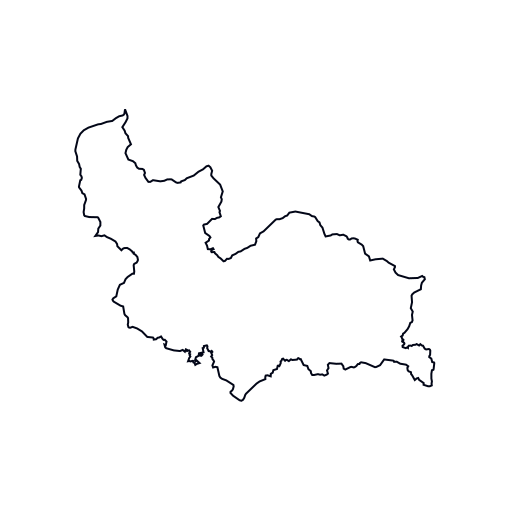 Dong Hy, Thái Nguyên, Vietnam, rotated 339°
{"feature_id": "81297802B71869801036686", "entity_name": "Dong Hy", "entity_type": "district", "adm_level": 2, "iso_a3": "VNM", "parent_name": "Vietnam", "parent_adm1": "Thái Nguyên", "projection": "mercator", "projection_center": [105.922, 21.685], "detail": "fine", "context": "isolated", "style": "outline", "palette": "ink", "viewbox_px": 512, "rotation_deg": 339, "n_neighbors": 0, "source": "geoboundaries", "source_scale": "gbopen_adm2", "svg_char_len": 6141}
<svg xmlns="http://www.w3.org/2000/svg" viewBox="0 0 512 512"><g transform="rotate(339 256 256)"><path d="M119.1,122.3L115.6,127.7L115.4,128.6L116.5,132.4L116.4,135.1L118.0,137.0L117.8,141.9L117.2,143.0L113.9,146.8L112.6,150.1L110.8,153.2L110.2,156.4L110.5,157.3L114.3,159.9L121.9,163.0L122.4,163.6L122.9,168.5L121.6,171.8L118.6,173.9L117.1,177.1L113.2,179.7L116.3,180.4L118.8,182.1L121.9,182.4L123.6,184.9L126.7,187.9L130.0,192.1L130.6,195.0L130.1,197.2L132.4,202.4L134.4,201.5L135.8,201.4L138.6,202.3L140.5,204.6L142.1,207.5L142.1,208.5L143.2,209.0L142.7,210.1L144.0,211.8L144.9,214.4L144.4,217.3L143.9,218.0L142.2,219.4L139.5,219.7L138.5,220.7L136.8,226.8L135.7,228.8L134.3,228.2L128.6,229.6L125.9,230.9L123.1,233.8L118.6,234.1L114.9,237.8L111.1,243.6L107.7,244.3L106.4,245.2L106.4,246.4L106.8,247.6L111.7,253.8L113.9,255.5L112.4,262.9L112.6,264.3L114.1,267.1L114.3,268.1L112.9,272.2L111.7,274.1L111.4,276.6L111.9,277.4L112.9,277.9L115.4,277.9L119.0,281.0L122.5,285.5L125.5,292.6L130.6,295.2L130.9,296.3L130.6,297.4L132.9,297.9L134.9,297.1L136.4,297.4L138.5,297.1L139.2,300.4L139.8,301.3L140.8,301.5L141.8,303.8L139.8,306.9L138.8,305.9L138.5,308.7L139.1,309.9L145.5,314.7L151.0,317.5L153.9,317.4L155.3,319.9L157.1,318.0L157.9,318.9L157.4,319.4L157.5,320.0L159.7,320.1L160.2,321.9L158.7,322.8L158.7,323.3L159.3,324.1L158.5,324.7L158.7,326.3L157.2,327.2L154.9,329.9L156.2,330.1L156.9,330.9L159.5,331.2L160.0,331.7L159.4,332.9L160.3,333.9L160.3,335.9L162.1,335.5L164.9,335.7L163.1,332.1L162.0,332.6L161.9,332.3L162.0,331.2L163.6,329.0L167.3,328.5L169.2,329.6L169.7,329.4L170.8,328.8L170.6,327.6L167.5,327.1L167.9,326.4L172.5,327.1L173.2,322.9L174.5,322.9L175.1,321.4L178.1,321.8L178.3,322.9L177.4,324.5L177.7,327.8L178.8,328.3L179.4,329.4L180.6,328.8L180.9,329.5L180.9,329.9L179.5,330.6L179.6,332.8L178.1,333.8L178.8,335.2L178.4,336.5L179.0,338.5L179.0,339.6L176.1,342.5L176.0,344.7L178.4,344.9L180.1,346.0L178.8,354.9L179.1,356.7L180.3,358.5L183.7,361.5L188.7,368.3L188.4,369.8L186.7,372.1L185.5,373.0L183.6,373.6L183.1,374.7L184.5,378.2L189.0,384.8L190.5,385.9L192.3,385.6L194.2,384.2L196.2,381.8L197.3,381.0L210.8,375.3L214.4,374.4L220.6,374.3L221.3,372.3L222.2,371.1L224.0,371.5L226.6,373.6L227.6,371.3L229.8,370.9L231.3,368.8L235.1,369.0L236.9,366.3L237.4,366.2L238.2,367.2L238.7,366.9L240.8,364.7L241.1,363.3L242.4,362.8L243.3,361.6L244.5,361.5L245.6,364.2L246.6,363.8L247.5,363.9L249.0,365.9L251.6,365.0L252.6,366.1L257.1,367.4L258.6,366.5L259.1,366.6L260.1,368.2L260.8,368.3L261.4,374.9L264.5,377.0L264.4,380.4L265.9,383.2L265.4,384.9L265.8,387.2L267.5,387.9L271.5,388.5L273.3,389.8L275.5,390.3L276.9,392.1L279.4,392.1L281.0,391.6L281.3,388.3L283.5,386.7L284.1,383.3L286.2,382.3L292.3,385.4L297.2,387.1L298.0,390.2L297.5,392.6L298.7,394.0L304.4,393.5L305.4,393.7L307.4,395.1L308.4,395.1L310.2,394.7L312.3,393.4L313.9,393.9L314.5,393.2L316.0,392.9L320.0,395.3L327.2,402.4L328.4,402.7L332.7,402.4L338.6,398.5L346.5,402.8L347.0,403.3L347.0,404.3L349.5,405.1L352.0,408.2L357.1,411.2L358.6,413.5L357.2,414.7L356.7,416.9L357.1,418.3L359.0,420.0L358.5,422.0L359.0,423.2L359.8,428.7L362.1,427.9L363.7,428.0L363.9,430.1L367.0,434.7L366.3,436.3L370.0,439.3L371.5,439.9L373.7,439.8L374.2,438.0L375.3,436.1L375.8,433.3L377.5,428.8L379.3,425.7L380.8,425.8L381.3,425.2L384.1,419.8L384.0,419.1L382.5,418.2L382.9,414.6L381.5,412.5L381.9,411.6L383.1,410.7L384.8,406.8L384.8,405.8L384.1,404.8L381.3,404.2L380.3,403.0L379.8,399.6L378.8,399.0L377.8,397.2L376.2,398.0L374.4,395.8L373.1,396.0L370.6,395.3L369.1,395.8L368.4,395.1L366.5,394.5L365.4,395.2L364.9,396.3L364.3,395.5L362.8,395.7L360.3,393.6L360.6,392.3L362.7,391.5L363.2,390.9L363.2,390.1L361.8,388.2L362.3,387.4L362.8,388.3L363.6,387.0L362.8,385.6L362.9,384.2L362.6,383.2L364.4,382.8L365.5,381.2L367.1,380.9L371.3,378.6L373.8,376.5L376.1,373.7L377.8,373.6L379.1,372.2L380.5,366.9L382.4,364.1L381.8,360.2L385.1,355.1L387.0,348.8L388.1,347.8L390.6,346.8L398.0,346.1L399.6,342.7L401.3,340.4L405.3,338.2L405.6,336.1L404.6,335.4L404.0,334.2L399.2,334.5L390.8,331.6L381.8,324.7L380.3,321.5L379.9,317.9L381.8,316.1L382.1,315.2L377.4,309.7L376.4,307.7L373.4,303.9L366.4,301.9L361.0,301.1L361.3,296.8L358.7,292.9L359.6,285.2L358.8,283.3L356.0,279.7L356.1,278.4L356.8,277.3L354.7,275.2L353.4,274.4L351.6,273.9L349.6,274.3L348.4,273.7L347.8,272.7L347.9,271.3L347.5,270.0L345.1,267.4L341.6,266.7L339.4,264.5L335.0,263.2L333.1,263.6L328.0,262.7L327.8,259.8L328.2,253.3L327.1,250.3L327.3,247.4L326.1,245.6L325.2,240.9L324.5,240.0L322.5,238.8L320.7,236.1L308.7,228.6L302.7,227.5L299.6,229.4L297.4,229.3L294.5,230.2L291.3,230.1L288.7,229.1L287.4,229.1L271.9,235.7L267.8,236.3L264.9,239.2L262.4,239.7L261.6,242.3L259.1,245.1L254.6,244.5L250.8,245.3L247.9,245.2L243.3,246.2L241.0,245.8L237.7,246.7L234.0,246.9L231.8,248.9L229.3,248.9L227.9,248.2L225.2,249.5L223.8,249.3L222.1,245.6L220.5,243.3L220.1,241.4L218.7,238.8L218.6,237.4L215.9,236.5L215.8,235.6L216.3,235.0L217.4,234.4L218.8,234.4L218.6,233.3L215.8,233.4L213.5,232.3L214.0,228.8L213.7,225.6L217.6,224.7L218.3,223.3L220.1,222.3L219.7,220.6L216.8,216.3L217.7,208.6L218.7,208.0L221.8,208.5L228.3,205.6L230.9,206.8L233.2,206.4L235.5,206.8L237.4,206.3L237.6,202.0L238.5,201.0L238.4,196.8L243.2,192.8L244.4,190.7L244.3,188.6L248.1,183.8L248.1,176.5L244.2,168.3L243.1,164.9L243.6,163.5L245.6,160.7L245.2,156.8L244.1,154.7L241.9,154.5L237.6,156.1L232.5,156.7L226.7,158.6L219.2,158.6L216.8,159.6L212.9,159.5L212.0,160.3L208.9,159.6L207.7,158.6L204.7,154.3L204.0,153.9L200.6,152.7L197.3,152.9L193.4,152.0L187.0,148.3L183.9,148.9L182.1,148.2L180.8,143.4L180.6,140.2L182.1,138.7L182.2,135.3L181.1,134.0L178.0,132.6L176.8,130.9L176.4,128.3L176.6,126.1L175.1,123.4L171.4,120.2L171.0,113.2L173.0,110.3L175.3,108.3L179.3,106.9L179.0,99.9L179.5,98.3L178.1,94.6L178.3,92.0L177.4,87.8L182.2,84.3L185.3,81.5L186.2,79.3L186.3,72.1L184.2,75.9L183.2,76.7L181.8,77.0L178.4,76.5L174.6,77.1L170.2,78.4L164.8,77.3L158.6,77.2L155.8,76.5L145.6,76.1L140.3,76.9L135.9,78.9L131.9,82.4L125.6,91.8L124.9,93.4L124.6,99.0L123.2,103.1L123.8,106.7L123.3,109.7L123.7,111.8L121.1,117.2L121.6,119.1L121.4,120.7L120.1,122.3L119.1,122.3Z" fill="none" stroke="#020617" stroke-width="2"/></g></svg>